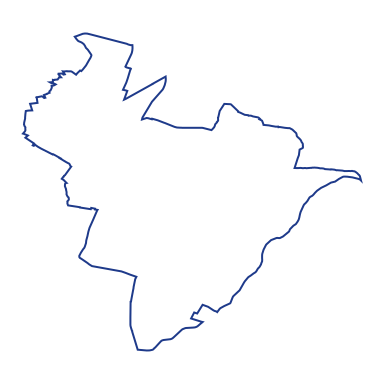 outline of Alkmaar, Noord-Holland, Netherlands
{"feature_id": "6326949B3608073145237", "entity_name": "Alkmaar", "entity_type": "district", "adm_level": 2, "iso_a3": "NLD", "parent_name": "Netherlands", "parent_adm1": "Noord-Holland", "projection": "equal_earth", "projection_center": [4.805, 52.601], "detail": "fine", "context": "isolated", "style": "outline", "palette": "blue", "viewbox_px": 384, "rotation_deg": 0, "n_neighbors": 0, "source": "geoboundaries", "source_scale": "gbopen_adm2", "svg_char_len": 5688}
<svg xmlns="http://www.w3.org/2000/svg" viewBox="0 0 384 384"><path d="M137.7,349.7L146.8,350.5L149.7,350.4L152.1,349.9L153.1,349.5L154.3,348.3L154.3,348.2L155.2,347.5L159.5,342.8L161.0,341.2L161.5,340.8L162.2,340.4L163.6,340.0L170.4,339.2L171.1,339.0L172.4,338.4L173.8,337.2L181.2,330.3L182.1,329.5L182.8,329.1L185.1,328.2L185.9,328.0L192.8,327.6L194.9,327.4L196.4,326.9L197.5,326.3L202.6,322.0L201.3,321.7L191.1,318.5L194.2,312.5L197.2,313.5L202.6,304.8L208.1,306.8L213.4,310.3L214.5,310.9L216.5,311.5L217.2,312.1L219.7,308.8L220.5,308.1L224.3,306.0L230.0,303.4L230.3,303.1L230.5,302.8L232.7,297.2L233.1,296.5L233.7,295.8L239.6,290.3L244.1,282.4L244.9,281.2L248.0,277.5L248.5,277.0L250.7,275.6L253.6,273.4L254.8,272.7L255.6,272.1L256.3,271.3L257.9,268.6L259.3,267.2L259.8,266.5L261.0,264.4L261.4,263.0L262.1,261.4L262.2,259.6L262.1,258.1L262.1,255.6L262.2,254.3L262.4,253.4L263.6,249.6L265.8,245.3L266.2,244.6L266.7,244.1L271.1,240.1L276.5,238.0L277.1,237.9L279.3,238.1L280.0,238.0L283.0,236.5L288.7,231.8L289.1,231.4L290.0,229.2L290.4,228.8L293.4,225.7L295.7,224.2L296.0,223.9L297.6,221.6L298.7,219.6L299.3,217.5L300.0,214.1L300.6,212.0L303.6,205.4L304.2,204.4L305.8,202.9L307.4,201.0L309.5,197.5L310.5,196.7L311.9,196.0L312.8,195.3L313.5,194.6L315.1,192.7L317.1,190.7L321.2,187.8L326.2,185.4L331.0,182.6L335.1,181.6L339.0,178.9L342.9,176.8L343.9,176.6L344.9,176.6L347.3,176.7L352.5,177.4L358.5,178.9L359.9,179.5L360.3,179.8L361.0,180.5L359.9,176.2L359.2,175.1L358.4,174.5L357.5,173.4L355.3,171.7L354.0,171.2L353.1,171.2L352.0,170.9L350.8,171.1L349.2,171.0L344.7,171.1L342.3,170.6L336.9,170.2L336.5,170.3L334.6,169.7L331.9,169.4L330.8,169.3L330.5,169.4L330.5,169.5L330.0,169.5L329.3,169.4L324.9,169.1L324.7,168.9L323.4,168.5L321.6,168.3L320.0,168.3L319.3,168.1L317.5,167.8L314.6,167.6L311.9,167.7L311.5,167.9L310.1,167.9L306.6,168.2L305.0,168.0L302.9,168.2L300.6,167.9L297.8,168.1L294.6,168.0L297.7,158.3L298.9,155.2L299.6,149.6L302.7,148.0L302.9,147.6L303.0,146.8L302.8,145.9L302.9,145.7L302.8,143.9L302.4,143.1L301.4,141.7L301.1,140.7L300.5,139.8L299.4,138.6L297.5,136.9L296.9,136.1L296.7,135.7L296.7,135.0L296.4,133.8L296.2,133.2L295.8,132.8L292.4,129.6L290.0,128.3L289.5,128.1L287.7,128.1L284.8,127.8L279.7,127.0L278.4,127.2L278.2,126.6L275.9,126.7L271.8,126.0L268.8,125.4L263.5,124.9L263.3,123.9L262.1,120.8L261.5,120.3L259.6,119.4L259.4,119.3L259.9,118.8L258.5,117.6L258.0,117.4L252.9,116.4L251.1,115.7L249.8,115.6L248.5,115.7L248.2,115.2L244.7,114.8L240.1,112.6L238.1,111.9L238.0,111.6L238.1,111.2L231.0,104.4L230.2,104.2L224.3,103.9L219.7,111.0L218.5,116.3L218.3,117.2L218.0,117.5L218.1,119.1L218.1,120.1L218.1,120.6L218.0,120.8L216.9,122.0L217.0,122.3L216.5,122.9L215.2,124.3L214.9,125.4L214.8,125.9L214.1,127.3L212.7,128.9L211.5,130.1L203.2,128.0L202.1,127.8L182.7,127.8L178.3,127.6L176.9,127.5L174.6,126.9L165.1,123.1L164.9,123.3L165.0,123.1L157.7,120.3L152.1,118.7L151.9,119.3L148.1,118.2L146.6,118.0L142.0,119.5L142.5,117.5L152.0,101.7L162.3,90.0L162.7,89.5L163.3,88.5L164.7,85.2L165.3,82.8L165.6,81.6L165.7,80.7L165.8,79.0L165.6,76.6L152.5,83.9L152.6,84.0L151.1,84.8L126.1,98.7L125.6,98.9L124.1,99.6L127.3,90.9L125.7,90.4L123.0,89.8L126.3,82.6L127.7,78.5L130.2,70.2L130.6,69.5L130.9,68.7L130.5,68.4L129.7,68.3L126.5,67.4L125.7,67.0L125.4,66.7L131.2,54.4L131.8,52.9L132.3,50.7L132.5,48.6L132.5,46.6L132.4,45.1L130.5,45.1L128.3,44.5L126.8,43.8L90.9,34.5L87.2,33.6L85.0,33.5L82.8,33.8L76.9,36.0L74.8,36.7L76.5,39.1L78.0,40.8L78.6,41.2L81.0,42.2L81.8,42.6L83.4,43.8L84.0,44.4L85.1,46.1L85.9,47.8L87.8,49.7L90.3,53.3L91.3,54.8L91.4,55.4L91.3,55.8L90.7,57.3L90.2,58.3L89.3,59.7L86.0,65.5L82.9,69.4L81.3,71.1L80.1,70.5L77.3,73.2L76.1,74.7L72.2,71.9L71.5,71.5L70.6,71.3L67.4,71.3L67.2,71.2L66.7,71.2L63.8,71.5L63.0,71.4L64.8,74.3L63.4,74.6L62.4,73.5L58.5,73.7L58.4,74.2L61.0,77.3L59.0,77.4L58.6,78.2L57.6,79.5L54.3,79.8L54.1,79.9L54.1,80.0L53.3,80.0L52.9,79.9L52.9,82.1L50.0,82.3L51.6,83.2L53.9,83.5L55.2,84.1L55.7,84.4L54.1,85.3L53.3,85.6L51.6,85.8L51.8,87.6L51.6,88.1L51.0,89.5L50.6,90.1L50.5,90.5L49.6,91.1L49.3,91.7L49.3,92.7L49.4,92.8L47.1,93.7L47.1,93.9L44.0,95.0L45.3,97.7L44.2,98.0L43.4,97.4L43.0,96.8L41.8,96.3L37.7,97.1L36.4,97.2L36.3,97.3L36.8,98.2L37.5,102.9L30.1,103.8L32.2,110.4L28.1,110.6L25.8,111.0L25.4,114.0L25.1,117.5L25.1,118.6L24.2,122.5L24.0,124.6L24.2,124.8L24.3,125.3L24.5,126.0L25.4,127.3L25.3,128.2L25.4,130.3L25.3,130.6L24.8,131.5L23.0,133.6L23.3,133.7L23.5,133.7L27.9,135.5L25.4,137.7L33.9,143.4L33.3,143.9L33.2,144.9L32.8,145.4L33.8,145.8L35.3,144.9L37.8,146.7L41.1,148.6L52.7,154.5L53.0,154.2L54.8,155.1L60.3,158.2L60.1,158.3L60.3,158.4L60.2,158.5L65.8,161.9L68.0,163.1L69.1,163.6L69.6,164.2L70.4,166.0L70.7,166.3L71.2,166.6L64.9,175.3L64.0,175.8L63.8,176.6L63.3,176.8L61.8,178.8L63.7,180.0L65.7,182.1L66.5,182.9L65.7,183.0L65.6,183.4L65.1,183.8L65.0,184.3L64.9,186.1L65.4,187.5L66.1,189.2L66.0,189.6L66.1,190.1L66.5,191.7L66.6,192.9L66.5,194.2L66.6,194.6L67.4,196.2L67.7,196.7L68.6,197.5L68.6,197.8L68.8,198.6L68.8,199.6L68.3,200.4L68.0,200.8L67.6,201.0L67.3,201.7L67.5,202.7L67.4,203.6L68.1,205.4L79.9,207.2L79.9,207.5L90.8,209.2L91.2,207.9L95.1,208.7L95.0,209.5L97.5,209.9L97.1,210.6L96.0,213.1L93.2,219.6L89.5,227.9L88.4,231.6L87.4,236.3L86.4,239.9L86.2,240.9L86.0,243.1L84.8,246.7L84.3,247.8L83.0,249.4L80.9,252.7L79.3,255.8L79.3,256.9L79.5,257.4L79.9,257.9L80.9,258.5L87.5,263.0L89.1,264.3L90.7,265.3L92.0,266.1L121.4,271.4L125.4,272.8L130.3,274.7L136.4,276.8L135.4,278.8L135.2,279.2L133.6,287.0L133.5,288.2L132.9,291.2L132.7,292.3L131.7,297.6L131.4,299.2L131.0,301.6L130.9,301.9L130.6,301.9L130.4,317.8L130.4,324.5L130.5,325.9L131.0,327.8L132.0,330.9L132.2,331.0L132.3,332.0L137.7,349.7Z" fill="none" stroke="#1e3a8a" stroke-width="2"/></svg>